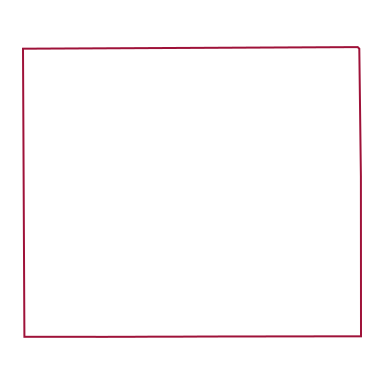 the district of Harper, Kansas, United States of America
{"feature_id": "52423323B94384145116372", "entity_name": "Harper", "entity_type": "district", "adm_level": 2, "iso_a3": "USA", "parent_name": "United States of America", "parent_adm1": "Kansas", "projection": "robinson", "projection_center": [-98.075, 37.192], "detail": "fine", "context": "isolated", "style": "outline", "palette": "rose", "viewbox_px": 384, "rotation_deg": 0, "n_neighbors": 0, "source": "geoboundaries", "source_scale": "gbopen_adm2", "svg_char_len": 324}
<svg xmlns="http://www.w3.org/2000/svg" viewBox="0 0 384 384"><path d="M361.0,336.3L360.9,176.6L359.3,48.7L357.7,47.1L23.0,48.7L24.4,336.8L25.0,336.8L92.0,336.8L103.2,336.9L110.2,336.8L129.1,336.8L147.7,336.7L169.7,336.7L210.8,336.5L214.2,336.5L217.9,336.5L361.0,336.3Z" fill="none" stroke="#9f1239" stroke-width="2"/></svg>